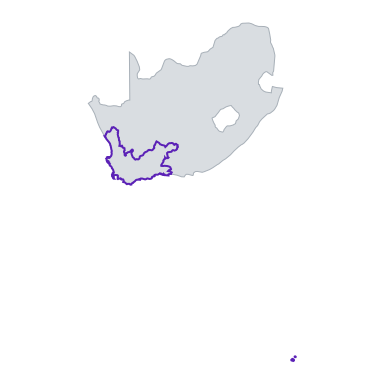 Western Cape highlighted on a map of South Africa
{"feature_id": "ZAF-1189", "entity_name": "Western Cape", "entity_type": "Province", "adm_level": 1, "iso_a3": "ZAF", "parent_name": "South Africa", "parent_adm1": "", "projection": "orthographic", "projection_center": [20.981, -38.718], "detail": "fine", "context": "in_parent", "style": "outline", "palette": "violet", "viewbox_px": 384, "rotation_deg": 0, "n_neighbors": 0, "source": "natural_earth", "source_scale": "10m", "svg_char_len": 9493}
<svg xmlns="http://www.w3.org/2000/svg" viewBox="0 0 384 384"><path d="M242.3,23.3L248.9,23.0L251.8,23.8L255.2,25.5L258.5,26.4L264.1,26.5L266.0,26.9L267.5,27.5L268.5,28.4L269.7,34.0L270.7,40.0L270.5,41.9L270.6,42.6L272.0,45.3L272.5,46.9L273.3,48.3L274.8,54.7L274.9,55.9L273.6,71.0L272.7,72.8L272.9,75.2L271.9,75.4L266.8,71.7L265.8,71.7L264.2,72.7L262.6,74.3L261.9,75.8L258.8,79.6L258.4,82.2L258.5,84.4L259.4,84.6L259.9,86.3L261.2,89.0L263.5,91.0L265.7,92.0L268.9,92.5L271.4,92.8L271.4,91.0L272.4,86.5L276.6,87.6L282.8,88.2L282.1,91.2L279.2,97.7L277.0,105.3L274.8,109.0L273.6,110.5L270.4,113.0L268.7,113.7L267.4,113.9L261.8,119.1L259.6,121.7L257.6,125.6L255.7,127.6L252.9,132.2L248.0,138.8L244.0,143.1L242.3,144.3L241.2,144.8L238.1,147.2L233.8,151.2L230.5,154.8L225.6,158.8L222.8,160.5L218.6,164.0L217.5,164.5L212.8,167.7L209.5,169.6L204.2,171.7L202.2,172.3L197.3,171.4L195.3,171.6L193.5,173.0L193.2,175.2L192.5,175.5L188.1,174.3L186.2,174.3L185.1,175.4L184.2,176.9L181.6,176.8L177.1,175.2L171.7,174.1L170.5,173.9L167.9,175.0L166.9,175.1L163.1,174.8L161.1,174.0L159.0,174.0L157.5,174.6L155.6,174.7L150.5,178.7L147.9,178.7L145.7,179.2L141.7,178.6L140.5,178.9L139.3,179.6L136.6,179.9L135.5,180.5L131.0,184.3L129.1,183.9L126.8,183.9L124.1,182.0L123.0,182.1L123.3,181.5L123.4,180.5L122.4,179.4L121.3,179.5L120.8,178.6L119.1,178.6L117.8,178.9L117.5,175.4L116.9,175.1L115.2,175.1L114.4,175.2L114.1,175.5L113.7,176.3L113.7,178.7L113.1,178.1L112.5,176.6L112.2,175.1L112.4,173.3L113.6,172.6L113.2,170.3L111.2,166.4L110.0,165.6L109.0,163.7L108.1,163.0L107.7,161.6L106.7,160.5L106.4,158.7L106.8,157.6L107.6,157.1L108.4,157.9L109.4,157.5L110.8,156.2L111.6,154.2L111.6,151.1L111.3,149.1L110.0,144.1L109.5,143.0L106.8,139.4L103.7,134.7L99.6,127.2L97.7,122.7L94.6,113.7L91.9,108.6L88.7,103.9L88.3,103.6L88.8,103.0L90.4,101.8L91.1,101.4L91.5,101.5L91.9,101.2L92.2,100.4L92.4,98.7L93.1,96.9L93.8,96.1L95.2,95.5L96.3,96.1L96.8,96.8L97.0,97.6L97.5,98.0L98.3,98.0L98.9,98.5L99.2,99.6L99.2,100.4L98.8,100.9L98.8,101.6L99.4,102.3L100.1,104.1L103.1,104.9L104.7,105.0L106.3,105.4L107.8,106.1L110.3,106.2L113.7,105.7L116.5,105.9L118.7,106.6L120.3,106.7L121.2,106.2L121.6,105.5L121.5,104.5L122.0,103.9L123.1,103.7L124.0,103.0L124.6,101.8L126.2,100.9L128.6,100.1L129.8,100.1L129.4,52.0L133.9,55.3L134.9,56.8L137.1,61.2L139.3,66.8L139.7,69.5L139.6,70.0L137.3,73.7L137.2,75.5L137.5,77.6L138.0,78.6L138.7,79.0L140.3,78.5L142.7,79.0L147.2,78.8L149.5,79.1L150.1,78.9L150.6,78.5L151.2,77.2L151.8,76.8L153.9,76.3L154.9,75.5L156.4,73.1L161.0,69.8L161.5,69.0L164.5,61.0L165.4,59.9L166.7,59.2L169.2,58.7L170.7,59.0L172.3,59.8L174.1,61.0L176.7,63.2L177.7,63.6L180.3,63.8L182.0,65.3L187.0,66.4L188.4,66.4L190.0,65.7L192.6,65.9L195.4,65.5L197.1,64.1L200.7,55.6L201.1,53.7L201.5,53.2L204.2,52.3L207.4,51.8L208.1,51.4L210.2,49.1L213.0,47.3L215.1,40.4L216.4,38.9L217.2,38.2L217.6,38.3L218.3,37.9L219.2,37.1L220.3,36.6L221.5,36.5L222.4,36.0L222.8,35.1L223.4,34.7L224.3,34.8L224.8,34.6L225.0,33.9L227.0,32.6L227.1,32.0L228.3,30.6L230.7,28.5L232.8,27.4L234.8,27.3L238.5,26.4L239.9,25.4L240.8,24.0L242.3,23.3ZM230.0,125.9L233.1,125.0L235.5,123.6L236.2,120.8L238.1,119.2L238.8,117.6L239.5,115.4L238.6,112.9L237.2,112.1L234.8,109.8L233.7,108.3L232.3,107.0L231.2,105.5L229.4,105.8L226.5,106.7L224.8,107.6L223.2,108.7L220.6,109.4L217.9,113.1L217.1,114.0L215.0,116.7L212.2,117.9L212.1,118.4L212.9,120.8L214.0,123.2L215.2,125.2L215.1,126.3L215.5,127.3L216.7,128.0L218.5,130.5L219.5,131.3L222.5,132.1L222.9,132.0L223.8,130.7L224.0,129.7L226.2,126.8L227.2,125.9L230.0,125.9Z" fill="#d9dde1" stroke="#a8b0b8" stroke-width="1"/><path d="M171.1,173.9L170.5,173.9L168.7,174.2L168.3,174.5L168.1,174.7L168.0,174.9L168.0,175.2L168.2,175.4L168.5,175.4L168.5,175.5L164.7,175.1L164.5,174.5L164.2,174.5L164.0,174.3L164.0,174.5L164.3,174.7L164.4,174.9L164.3,175.1L163.8,175.0L163.3,175.0L162.4,174.8L161.8,174.4L161.7,174.0L161.9,173.9L161.7,173.8L161.0,173.6L161.2,174.0L161.6,174.3L161.4,174.3L161.1,174.3L159.9,173.8L159.4,173.8L159.0,173.9L158.4,174.4L157.9,174.6L157.4,174.7L155.9,174.6L155.0,174.8L154.6,175.0L154.2,175.4L154.1,175.7L154.1,175.9L154.5,176.2L154.4,176.3L152.7,176.6L152.3,176.8L152.0,177.1L152.0,177.7L151.7,178.3L151.0,178.7L150.0,178.9L149.6,179.0L148.4,178.7L147.7,178.4L146.6,178.7L146.4,179.0L145.6,179.3L145.2,179.4L144.7,179.3L142.4,178.6L141.4,178.5L140.8,178.5L140.4,178.7L140.5,178.7L139.6,179.0L139.9,179.1L140.2,179.3L140.3,179.6L140.2,179.8L138.1,179.6L136.5,179.8L136.1,180.0L135.7,180.3L134.9,181.3L134.5,181.5L134.3,181.8L133.8,182.0L133.4,182.3L133.2,182.8L132.8,182.8L132.4,183.0L131.6,183.6L131.3,184.0L131.4,184.5L130.8,184.7L130.3,184.6L129.2,183.8L127.5,183.9L127.3,183.9L127.1,184.1L126.8,184.1L126.7,183.9L126.1,183.6L125.3,182.7L124.7,182.4L124.1,181.9L123.9,181.9L123.6,182.0L123.4,182.1L123.2,182.0L123.7,181.1L123.7,180.9L123.7,180.6L123.3,179.7L122.9,179.3L122.0,179.5L121.3,179.5L121.0,179.3L120.6,178.7L120.9,178.6L121.2,177.8L121.0,178.0L120.6,178.5L119.7,178.5L118.3,178.8L117.9,179.1L117.7,179.0L117.6,178.9L117.7,178.6L117.6,178.0L117.9,177.4L117.7,176.5L118.0,176.0L117.6,175.3L117.4,175.2L116.7,175.1L115.7,175.0L114.7,175.1L113.8,175.5L113.5,175.9L113.4,176.2L113.5,176.3L113.7,176.6L113.8,177.1L113.8,178.3L113.8,178.5L114.0,178.7L113.8,178.7L113.5,178.6L113.1,178.1L112.8,177.6L112.8,177.1L112.7,177.0L112.6,176.6L112.2,176.4L112.0,176.1L112.0,175.9L112.3,175.7L112.4,175.1L112.5,174.9L112.2,175.0L112.0,174.7L112.4,173.9L112.6,173.1L112.9,172.8L113.7,172.8L113.9,172.3L113.8,172.0L113.6,171.7L113.2,170.1L112.8,169.2L111.9,168.4L111.8,167.4L111.4,166.8L111.1,166.4L109.9,165.6L110.0,165.4L109.9,165.1L109.0,163.6L108.5,163.1L108.1,162.9L107.6,162.3L108.1,162.1L108.4,162.6L108.6,162.6L108.5,162.8L109.3,163.6L109.6,163.5L109.2,163.0L109.2,162.7L108.9,162.6L108.6,162.3L108.6,161.6L108.4,161.1L108.1,161.0L107.4,161.0L107.6,161.3L107.1,161.6L107.0,161.4L106.7,160.7L106.8,160.5L106.5,159.7L106.7,159.2L106.3,158.6L106.5,158.5L106.9,158.2L106.9,157.3L107.6,157.0L107.8,157.0L107.7,157.1L107.8,157.3L108.4,157.8L108.9,158.0L109.4,157.9L111.0,156.1L111.3,155.6L111.7,154.0L111.7,153.5L111.6,152.6L111.4,152.1L111.5,151.9L111.7,151.5L111.8,151.0L111.3,149.2L111.1,147.8L110.8,146.9L110.8,146.1L110.3,145.2L110.3,144.9L110.1,144.0L109.9,143.5L108.4,141.4L107.8,140.8L107.6,140.4L107.1,139.9L106.6,139.2L106.3,138.9L106.0,138.0L105.4,137.5L104.8,136.5L105.4,136.6L105.4,135.2L106.0,134.5L106.1,133.5L106.8,132.8L107.0,131.9L107.6,131.3L108.0,131.3L109.1,131.9L110.1,131.4L110.7,130.5L111.1,129.6L111.4,128.6L111.9,127.6L112.5,127.9L112.7,127.5L113.0,127.2L113.6,127.1L115.7,128.5L116.4,129.5L117.0,130.0L118.1,130.4L118.1,132.0L117.7,132.5L118.0,133.3L117.7,134.2L118.2,136.6L118.4,137.3L118.9,137.9L118.8,138.5L119.0,139.7L119.0,140.3L119.1,140.6L119.4,140.8L119.7,141.7L119.6,142.8L119.8,143.9L119.8,144.5L119.5,145.0L119.4,145.9L120.1,145.9L120.6,146.2L120.9,146.1L121.2,146.2L121.5,146.1L122.0,145.7L122.1,145.8L121.9,146.6L122.4,147.0L122.8,147.6L123.1,147.7L123.3,147.8L123.7,147.7L124.2,148.2L124.5,148.3L124.5,149.3L124.7,150.3L124.2,150.9L124.0,151.3L124.1,152.3L124.7,153.4L124.6,155.0L125.3,155.7L125.9,155.4L126.0,155.2L125.7,154.7L125.7,154.3L126.1,153.3L126.3,153.1L126.6,153.2L127.1,153.0L127.4,152.6L128.2,152.1L129.0,152.1L129.6,151.9L130.7,151.0L131.0,150.5L131.3,150.4L132.0,149.6L132.4,149.6L132.6,149.7L132.9,150.3L132.9,150.9L132.0,152.0L131.4,152.6L131.4,153.2L131.6,154.1L131.9,155.0L132.4,156.2L132.6,156.9L132.9,157.3L133.7,157.8L134.3,158.6L134.5,159.0L134.8,159.1L135.3,159.6L136.0,159.4L136.7,159.1L137.0,159.1L137.4,159.3L138.5,159.3L139.4,158.5L139.6,157.8L139.8,156.6L140.3,156.1L141.1,155.8L142.3,155.5L143.1,155.1L143.7,153.9L144.0,153.2L144.7,152.8L145.2,152.1L146.6,151.7L147.7,150.9L148.1,150.3L148.6,150.0L149.0,149.9L149.5,150.1L149.9,149.9L151.5,150.3L152.1,150.2L152.8,149.7L153.1,149.2L153.8,148.5L154.0,148.4L154.3,147.9L154.0,147.2L154.2,145.7L154.4,145.3L154.8,145.2L156.2,141.9L156.5,141.4L158.6,142.6L159.1,142.9L159.6,143.5L160.1,144.3L161.1,144.6L161.8,145.0L162.6,145.1L163.1,145.3L163.9,145.4L164.8,145.8L165.0,146.4L165.3,147.0L166.8,145.6L167.1,145.2L167.9,144.1L168.6,143.7L169.2,143.2L170.6,143.2L171.3,143.0L171.7,143.0L172.5,143.1L173.5,143.7L173.8,143.9L173.9,144.2L173.8,144.5L174.4,144.9L175.2,144.4L175.5,144.0L175.9,143.8L176.2,143.9L176.7,144.6L177.6,144.9L177.7,145.3L177.5,145.6L177.4,145.8L177.3,146.2L177.6,146.4L177.9,146.7L177.9,147.1L177.6,147.5L177.2,147.7L177.1,147.9L177.1,148.3L176.9,148.5L177.0,149.0L176.8,149.3L176.4,149.6L176.1,150.0L174.5,150.6L173.0,150.1L172.6,150.3L172.1,150.7L171.6,151.6L171.2,151.8L169.5,152.0L168.9,152.2L168.1,152.1L167.7,152.6L167.1,153.0L167.1,154.1L167.3,154.6L167.5,155.2L167.5,155.6L167.5,156.3L167.8,156.7L168.0,157.2L168.5,157.6L168.0,158.1L167.2,158.1L166.5,158.1L165.6,158.4L165.1,157.7L165.1,158.6L165.0,158.9L164.3,159.1L163.7,159.9L163.7,160.3L163.3,160.8L163.5,161.3L163.3,161.9L161.3,164.9L161.2,165.4L161.3,165.9L163.1,166.0L164.5,165.8L167.1,166.0L169.0,166.5L169.8,166.9L170.4,167.4L170.6,168.3L171.1,169.1L171.0,169.4L168.9,170.2L168.1,171.1L169.1,171.3L169.4,171.2L169.7,171.2L170.1,171.4L170.3,171.7L171.7,172.4L171.1,173.3L171.1,173.9ZM292.3,358.9L292.6,358.9L292.9,359.0L293.7,359.4L294.0,360.0L294.0,360.4L293.8,360.7L293.5,360.9L293.2,361.0L293.0,360.8L291.9,360.6L291.4,360.4L291.3,360.1L291.3,359.8L292.3,358.9ZM294.6,356.8L294.7,356.5L295.0,356.4L295.4,356.4L295.7,356.7L295.6,357.1L295.2,357.1L294.8,357.0L294.6,356.8Z" fill="none" stroke="#5b21b6" stroke-width="2"/></svg>